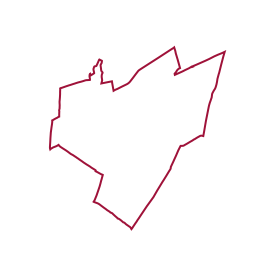 outline of Carcea, Dolj, Romania, rotated 104°
{"feature_id": "2599482B95578562182994", "entity_name": "Carcea", "entity_type": "district", "adm_level": 2, "iso_a3": "ROU", "parent_name": "Romania", "parent_adm1": "Dolj", "projection": "equal_earth", "projection_center": [23.897, 44.282], "detail": "fine", "context": "isolated", "style": "outline", "palette": "rose", "viewbox_px": 256, "rotation_deg": 104, "n_neighbors": 0, "source": "geoboundaries", "source_scale": "gbopen_adm2", "svg_char_len": 4323}
<svg xmlns="http://www.w3.org/2000/svg" viewBox="0 0 256 256"><g transform="rotate(104 128 128)"><path d="M225.3,100.2L225.1,100.1L224.2,99.7L222.4,99.1L218.5,97.7L218.0,97.5L217.5,97.3L217.0,97.1L216.1,96.8L215.8,96.7L215.4,96.6L215.1,96.5L212.8,95.6L212.7,95.6L212.2,95.4L211.8,95.2L211.3,95.1L211.0,95.0L210.5,94.8L204.1,92.5L199.1,90.7L198.4,90.4L188.9,86.6L181.5,84.5L171.6,81.4L170.2,80.9L164.6,79.1L163.6,78.8L159.4,77.5L158.3,77.1L157.2,76.8L155.3,77.0L149.2,75.8L148.0,75.6L143.2,74.7L137.6,73.8L132.8,72.7L132.6,72.6L132.4,71.9L132.2,71.0L131.9,70.3L131.7,69.8L130.5,68.6L129.3,67.3L127.4,65.4L126.3,64.3L124.5,62.4L123.2,61.3L122.8,60.7L121.0,59.0L120.4,58.4L119.2,57.1L118.5,56.4L118.1,55.9L117.9,55.6L117.8,55.3L117.7,54.9L117.6,54.5L117.6,53.0L112.9,53.3L102.3,54.1L87.5,54.8L85.8,54.8L83.5,54.7L81.7,54.5L80.5,54.4L79.1,54.3L78.5,54.2L78.1,54.2L77.2,54.3L76.4,54.4L75.6,54.5L74.8,54.6L73.8,54.5L73.0,54.3L71.4,53.9L69.8,53.4L69.0,53.1L67.9,52.9L67.0,52.8L64.4,52.7L61.7,52.8L58.6,53.1L53.7,53.0L52.4,52.9L49.2,52.9L43.7,52.9L35.6,52.8L30.7,52.6L32.5,54.8L35.1,58.4L37.6,61.6L41.3,65.8L44.2,69.4L50.4,77.4L52.1,79.7L52.5,79.5L53.4,80.7L53.1,81.1L55.2,83.2L57.9,86.5L59.3,88.1L60.4,89.4L65.1,95.4L64.1,95.9L62.8,95.3L61.8,94.8L60.6,94.5L59.5,94.0L58.3,93.2L57.3,92.0L52.7,94.6L49.9,96.2L44.0,99.7L41.7,100.8L39.1,102.4L38.6,102.7L39.3,103.2L41.9,105.7L46.0,109.5L53.3,116.3L60.5,123.1L67.5,129.7L68.6,130.7L69.4,131.4L70.2,131.9L73.6,133.4L78.1,135.3L82.2,137.1L83.2,137.6L83.7,137.9L85.0,138.9L85.7,139.6L87.8,142.1L89.3,143.9L92.6,147.7L93.4,148.8L94.4,150.0L95.2,150.8L95.4,151.0L93.8,151.7L88.5,154.1L86.6,154.9L91.2,164.6L90.7,164.6L88.5,164.6L88.0,164.6L87.7,164.7L84.8,165.9L83.9,166.1L83.5,166.2L82.2,166.3L81.9,166.2L81.6,166.2L81.2,166.1L80.6,166.0L80.2,166.2L79.9,166.5L79.6,167.1L78.9,167.7L78.1,168.2L77.5,168.3L74.8,169.4L73.7,169.8L73.2,169.8L72.8,169.7L72.0,169.5L71.2,169.3L70.5,169.4L69.8,169.4L69.1,169.6L68.6,171.9L68.8,171.9L68.8,172.5L69.2,172.6L69.8,172.7L70.5,172.8L71.2,172.9L71.6,173.0L72.3,173.1L73.9,173.4L75.4,173.7L75.6,173.9L75.8,174.2L76.0,174.6L76.1,175.0L76.4,175.4L76.5,175.5L76.8,175.6L77.4,175.7L78.1,175.7L78.6,175.8L79.4,175.7L80.0,175.5L81.6,174.7L82.7,174.2L83.1,174.1L84.8,175.7L86.0,176.9L84.5,177.8L84.7,178.0L85.1,178.0L85.3,178.1L85.6,178.1L86.3,178.0L87.0,177.9L88.0,177.5L89.1,177.0L89.9,176.7L90.4,176.6L90.6,176.6L91.3,178.8L91.6,179.9L92.2,181.1L93.3,182.8L94.3,184.5L95.8,187.3L96.9,189.1L97.8,190.5L98.7,192.0L100.1,194.2L100.9,195.6L101.5,196.5L102.3,197.8L105.0,201.9L105.6,203.0L106.0,203.4L106.6,203.2L109.5,202.6L111.5,202.1L115.1,201.4L116.9,201.1L119.0,200.8L120.1,200.5L122.4,199.8L124.3,199.4L125.7,199.1L127.5,199.1L128.4,198.7L131.2,198.1L133.6,197.5L134.1,198.2L135.3,199.3L136.0,200.2L137.1,201.4L138.1,202.4L138.7,203.0L139.0,203.4L140.2,203.0L142.4,202.7L145.6,202.4L151.0,201.8L156.7,200.8L160.7,200.0L165.1,199.2L166.3,198.9L167.0,198.6L167.5,198.3L167.3,198.2L167.0,197.9L166.1,197.1L165.1,196.1L164.5,195.3L163.6,194.0L162.7,192.8L161.7,191.8L161.2,191.3L161.5,191.0L161.7,190.6L161.8,190.4L162.1,190.1L162.2,189.9L162.3,189.7L162.7,188.8L163.5,186.5L164.7,182.9L165.5,180.8L167.0,177.3L167.6,174.9L168.5,172.4L168.8,171.5L169.4,170.0L169.8,168.8L170.4,167.4L171.5,164.4L172.3,162.5L172.6,161.5L172.7,161.3L173.0,160.5L173.7,158.4L173.8,158.0L174.3,156.5L174.7,155.3L175.0,154.6L175.2,154.2L175.5,153.3L176.1,151.4L176.8,149.3L177.1,149.0L177.3,149.0L177.8,149.0L178.2,147.1L178.7,145.3L179.2,143.4L179.5,142.2L179.5,141.9L179.6,141.6L179.5,141.4L179.6,141.1L183.0,141.2L183.9,141.2L185.7,141.3L187.6,141.3L188.7,141.3L191.8,141.4L196.4,141.8L201.1,142.2L203.8,142.6L205.2,142.8L206.4,143.0L207.3,143.3L207.9,143.5L208.0,143.2L208.3,140.4L208.4,139.3L208.7,138.1L209.0,137.2L209.3,136.5L210.0,134.9L210.5,133.7L211.1,132.3L212.0,130.0L212.9,128.0L213.1,127.2L213.4,126.4L213.7,125.5L214.3,124.5L214.3,123.9L214.4,123.3L214.6,122.5L215.0,122.0L216.6,119.1L217.9,116.5L218.3,116.2L218.3,115.8L218.3,115.4L218.5,114.4L219.3,112.5L220.1,110.9L220.4,110.3L220.7,109.8L220.7,109.6L220.7,109.1L220.7,108.8L220.8,108.6L221.0,108.1L221.3,107.6L221.8,106.8L222.0,106.3L222.1,106.0L222.2,105.8L222.6,104.7L223.0,103.7L223.5,102.3L223.7,101.8L223.8,101.7L224.1,101.3L224.9,100.6L225.3,100.2Z" fill="none" stroke="#9f1239" stroke-width="2"/></g></svg>